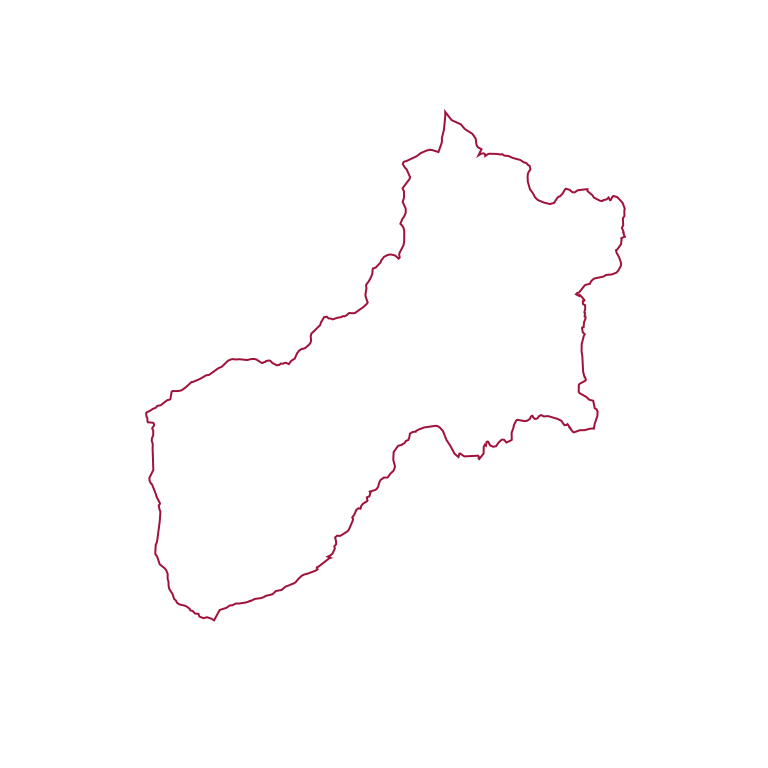 outline of Criscior, Hunedoara, Romania, rotated 230°
{"feature_id": "2599482B35707480830117", "entity_name": "Criscior", "entity_type": "district", "adm_level": 2, "iso_a3": "ROU", "parent_name": "Romania", "parent_adm1": "Hunedoara", "projection": "equal_earth", "projection_center": [22.863, 46.127], "detail": "fine", "context": "isolated", "style": "outline", "palette": "rose", "viewbox_px": 768, "rotation_deg": 230, "n_neighbors": 0, "source": "geoboundaries", "source_scale": "gbopen_adm2", "svg_char_len": 6141}
<svg xmlns="http://www.w3.org/2000/svg" viewBox="0 0 768 768"><g transform="rotate(230 384 384)"><path d="M553.1,605.8L549.6,602.9L540.4,593.5L534.9,586.1L532.8,584.6L531.2,582.5L526.7,574.8L531.9,571.5L533.9,569.8L535.3,567.1L537.3,560.5L537.5,555.2L540.3,544.8L541.4,542.2L541.2,541.2L540.3,539.7L536.3,539.1L533.7,539.3L525.6,536.9L524.6,535.2L522.0,524.0L518.7,523.1L514.1,519.4L511.4,515.3L504.8,513.5L503.3,512.5L501.1,510.6L499.2,506.6L498.7,504.3L496.2,499.5L493.7,499.7L490.9,499.3L487.9,497.6L480.0,490.9L477.7,488.0L474.3,479.9L473.3,478.8L470.8,477.3L470.6,475.8L475.2,475.1L477.1,473.9L479.3,472.0L480.5,469.5L481.4,465.9L480.4,461.1L479.3,459.5L478.5,452.3L479.6,449.9L478.8,448.6L475.9,445.9L473.9,442.1L472.4,438.1L471.6,434.5L470.7,433.3L468.7,432.2L464.3,427.1L462.1,425.8L456.9,423.9L456.4,422.1L456.2,417.3L457.1,407.4L458.2,405.6L460.8,402.9L460.7,399.9L461.2,397.2L462.3,396.3L463.0,393.6L464.5,391.3L466.5,386.2L468.1,385.5L469.9,383.7L472.3,383.4L473.7,381.2L471.9,375.8L470.1,372.7L469.3,360.7L467.6,358.4L464.1,356.1L462.7,353.9L462.3,351.9L462.2,346.8L463.1,344.3L463.8,343.6L464.1,340.3L463.4,337.2L460.8,331.9L461.4,327.7L460.4,323.9L463.3,322.5L464.0,321.5L464.4,319.7L466.1,318.0L465.9,316.1L467.2,313.9L471.9,312.0L474.2,311.9L475.7,311.3L477.4,308.6L477.2,307.2L478.0,305.8L478.1,304.6L478.7,303.9L484.7,302.0L486.4,300.9L488.4,298.5L490.3,294.6L495.7,289.4L498.4,285.8L500.0,284.5L501.2,282.6L502.1,279.4L501.5,270.9L502.6,267.0L503.4,255.9L505.0,253.3L506.1,246.6L508.4,239.0L509.2,238.0L508.9,229.6L509.3,224.8L510.9,221.8L514.5,217.5L514.6,216.4L509.8,210.7L509.9,209.3L510.8,208.1L511.1,205.5L511.2,199.4L512.9,196.4L512.5,193.8L513.5,191.1L513.9,187.5L514.8,184.1L514.6,183.1L511.9,181.2L510.1,180.8L507.0,178.6L506.3,178.6L503.0,182.0L501.8,182.3L500.4,181.5L499.8,180.6L499.5,178.9L498.9,177.8L496.7,177.3L493.2,174.4L491.6,171.4L490.0,169.7L486.5,168.2L483.6,165.5L466.4,152.0L462.9,143.9L460.7,142.3L458.2,141.6L456.0,141.7L445.6,138.2L444.2,137.4L436.6,135.7L436.0,134.7L435.8,133.4L432.7,131.6L429.9,130.6L423.3,124.3L409.0,108.7L407.4,105.6L401.6,100.2L400.2,99.4L397.6,99.3L390.1,96.3L384.0,97.5L381.3,97.5L377.4,96.1L374.1,93.2L371.1,91.8L367.6,89.1L365.0,87.8L359.0,87.0L354.4,85.1L352.0,85.4L349.4,84.8L346.5,85.7L341.8,89.2L340.3,89.8L336.8,90.6L335.1,90.1L333.2,91.5L329.6,91.7L327.2,94.1L324.6,93.1L320.6,95.2L319.1,98.5L315.3,100.9L312.2,101.9L316.5,112.9L313.8,119.5L313.5,123.4L312.0,125.7L310.9,129.7L309.0,131.8L305.4,137.8L304.0,141.2L304.2,141.6L303.9,142.3L303.4,142.6L302.4,146.9L299.0,152.2L297.9,155.4L297.8,157.0L294.6,163.5L294.9,168.1L292.1,173.1L292.1,178.1L289.1,187.3L289.0,189.1L289.7,192.9L290.0,197.8L289.2,200.9L287.8,203.6L285.1,211.3L284.7,213.9L286.3,214.2L286.7,214.8L286.4,215.2L286.1,218.1L285.7,230.0L285.2,231.3L287.9,230.0L287.2,232.6L287.1,235.3L289.2,239.9L289.7,240.7L291.6,241.6L292.0,244.4L294.4,246.2L297.9,247.9L297.9,250.7L296.0,252.5L295.6,253.9L294.6,261.4L295.0,263.5L299.2,271.8L300.5,273.6L302.2,273.9L302.9,277.0L305.5,282.2L305.2,283.3L305.3,284.5L303.6,285.8L305.3,288.4L305.8,290.9L305.1,295.7L305.3,296.4L308.1,297.9L308.1,298.7L307.3,300.4L308.6,302.6L309.3,303.1L309.3,303.8L310.7,304.0L308.6,308.7L308.3,311.0L309.0,313.3L312.1,318.0L312.7,319.7L312.4,323.7L310.3,326.3L310.1,327.0L311.2,331.3L311.4,335.3L312.3,337.4L313.9,339.5L320.0,342.4L325.7,347.7L327.6,355.1L325.9,358.5L326.1,359.4L325.5,361.4L326.3,364.2L325.5,366.5L326.8,369.1L329.3,371.9L328.8,375.1L327.0,377.9L327.4,378.3L327.0,380.7L324.9,386.8L318.6,397.0L316.6,398.3L314.6,398.8L310.0,398.9L301.0,395.9L294.1,395.1L285.2,393.2L280.2,394.1L282.2,397.0L281.9,397.6L276.9,399.0L268.6,410.0L267.7,410.0L266.1,408.6L265.3,408.7L266.7,415.6L271.8,420.0L272.7,422.2L271.2,422.4L273.6,425.3L273.4,426.3L272.8,426.7L268.7,425.8L265.7,427.3L264.3,429.9L265.5,434.1L265.7,438.4L264.3,440.1L260.5,440.2L259.2,445.0L259.1,446.0L264.6,450.4L267.2,454.9L269.0,457.1L271.0,461.6L271.1,462.5L270.6,463.4L265.2,467.8L263.8,470.1L263.5,473.5L264.6,475.4L264.6,476.5L264.3,477.3L262.5,476.8L260.2,477.1L259.2,478.9L259.2,480.4L259.7,481.8L259.2,484.4L256.4,485.6L253.9,489.1L245.6,494.6L241.7,496.2L236.6,495.7L235.4,497.2L235.3,498.8L230.6,498.4L230.8,498.0L225.4,498.0L224.8,498.6L222.6,504.5L219.6,508.1L217.6,512.6L215.9,515.2L214.9,516.0L218.2,520.0L222.4,527.0L225.5,529.8L228.0,530.6L229.9,529.8L236.7,533.5L240.1,531.1L243.9,530.7L251.5,527.9L253.0,528.2L258.0,532.6L258.4,533.8L257.1,540.4L257.4,541.3L260.0,542.4L260.5,542.1L265.4,544.4L277.8,553.8L282.1,556.4L287.5,561.1L292.3,567.8L293.1,569.8L295.8,569.5L299.5,571.6L299.9,572.2L299.2,573.4L302.8,577.0L304.5,580.3L306.1,581.6L306.7,581.1L309.4,583.7L310.2,583.6L312.1,586.3L314.4,588.2L315.5,588.7L316.8,587.9L317.5,587.9L319.5,589.4L319.8,590.1L319.1,591.0L319.4,591.5L325.9,591.4L326.5,590.9L326.0,590.1L329.3,588.8L329.5,590.4L328.7,592.3L330.5,601.0L330.4,602.1L328.4,606.1L329.6,608.6L329.8,611.9L329.4,613.3L325.1,621.4L324.8,624.3L321.6,628.7L319.9,633.6L320.3,636.3L322.0,640.9L323.2,642.5L325.3,643.8L330.1,645.6L335.0,646.5L337.4,647.8L337.1,648.7L337.4,650.3L338.7,655.4L342.1,659.0L343.1,659.4L343.0,660.5L341.9,663.2L344.3,663.7L345.3,664.5L346.1,664.5L346.3,665.2L350.7,666.6L351.9,669.3L357.4,673.5L358.1,676.1L362.4,679.6L363.5,681.1L369.3,683.2L377.1,682.9L380.6,680.6L380.5,679.2L379.2,676.0L379.5,675.3L382.5,675.9L382.3,673.2L383.9,670.2L383.7,669.5L384.2,668.3L386.1,667.0L392.0,664.6L394.6,665.0L400.9,663.9L402.5,665.1L407.8,657.1L408.3,653.1L409.8,651.6L413.4,651.0L416.7,648.9L416.7,647.6L415.2,643.6L414.7,640.9L414.7,639.2L415.2,638.3L415.3,636.8L413.4,630.7L415.1,626.9L420.2,623.1L426.1,620.1L429.9,619.7L434.6,620.7L439.4,621.0L446.5,624.2L450.7,627.4L452.3,629.1L453.3,630.6L454.3,634.1L457.5,635.8L459.3,635.1L461.9,635.1L463.7,633.7L468.2,632.3L474.3,628.0L478.7,625.9L481.7,622.9L484.1,622.3L484.8,620.9L487.8,618.2L492.8,612.6L493.4,611.0L493.6,608.1L494.6,608.9L495.9,609.0L496.9,608.3L498.1,606.0L498.4,603.4L501.2,609.6L504.9,608.1L506.6,608.3L508.0,608.7L513.1,612.0L518.8,612.5L527.4,609.8L533.3,609.8L542.8,605.4L553.1,605.8Z" fill="none" stroke="#9f1239" stroke-width="2"/></g></svg>